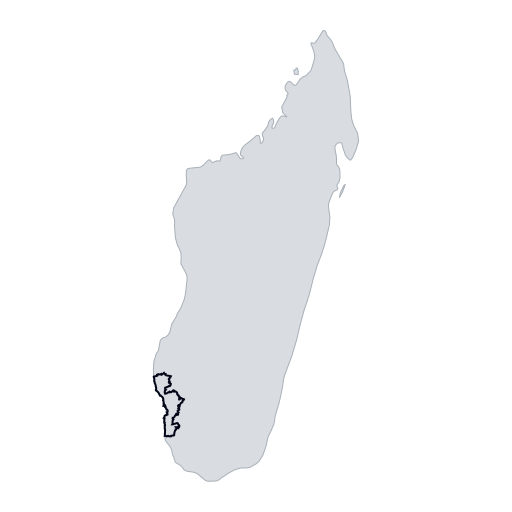 location of Toliary-II, Atsimo-Andrefana, Madagascar
{"feature_id": "10022922B75767771564463", "entity_name": "Toliary-II", "entity_type": "district", "adm_level": 2, "iso_a3": "MDG", "parent_name": "Madagascar", "parent_adm1": "Atsimo-Andrefana", "projection": "natural_earth1", "projection_center": [43.811, -23.281], "detail": "fine", "context": "in_parent", "style": "outline", "palette": "ink", "viewbox_px": 512, "rotation_deg": 0, "n_neighbors": 0, "source": "geoboundaries", "source_scale": "gbopen_adm2", "svg_char_len": 8695}
<svg xmlns="http://www.w3.org/2000/svg" viewBox="0 0 512 512"><path d="M332.4,42.5L333.7,45.9L335.2,49.3L339.9,57.4L341.9,60.5L343.6,63.8L344.4,70.4L347.4,80.6L350.2,96.1L350.9,111.9L351.7,119.1L353.9,126.0L357.5,133.0L358.6,140.9L356.3,149.0L353.0,156.7L352.2,158.1L350.7,160.1L350.0,160.0L347.4,158.0L345.3,154.8L342.7,147.2L341.8,143.3L340.7,142.7L337.6,143.0L335.3,145.5L334.9,147.0L335.3,151.3L336.2,155.1L336.5,159.0L336.5,164.0L337.4,165.5L338.6,166.7L339.8,169.9L340.0,177.6L339.2,181.5L337.0,184.9L337.1,186.7L337.9,188.6L337.1,189.8L334.2,191.2L333.0,192.5L331.4,195.9L328.8,202.8L328.4,206.3L329.9,217.1L329.4,224.8L326.0,239.4L324.1,246.3L321.4,254.6L317.2,265.5L313.1,279.3L309.6,293.4L307.0,301.9L304.1,310.2L300.1,325.0L296.6,340.0L291.6,356.6L284.7,375.0L283.9,377.4L282.5,386.8L280.9,395.0L279.0,403.1L275.1,416.4L274.6,420.6L273.8,424.5L270.1,432.9L268.5,436.0L267.4,439.3L266.7,443.5L265.6,447.6L262.9,455.1L258.9,461.5L256.2,463.8L250.3,467.2L247.3,467.9L240.8,468.0L234.4,469.9L227.8,473.6L221.4,477.9L218.9,479.9L216.2,481.0L207.8,481.3L205.3,480.4L196.9,473.4L193.6,472.2L187.4,471.3L185.6,470.7L183.9,469.7L181.4,466.1L176.4,463.0L175.2,462.0L174.5,459.9L173.9,457.6L172.7,455.0L171.7,450.2L170.1,446.7L165.5,440.7L165.0,438.8L164.6,432.4L164.8,428.0L164.3,420.1L164.9,416.3L166.5,413.0L165.8,409.3L164.1,405.5L163.5,401.6L162.2,397.9L157.4,391.5L156.2,388.3L155.5,385.0L153.6,374.6L153.4,371.1L153.7,363.5L154.3,359.6L155.5,356.8L155.8,354.8L156.6,353.1L157.7,351.7L158.5,350.0L160.3,340.3L162.5,338.1L165.9,336.9L168.6,334.4L170.2,330.9L171.8,323.9L176.1,316.9L177.6,313.2L181.0,307.6L184.1,299.8L185.0,296.1L185.7,292.4L186.5,284.1L187.1,280.0L187.0,275.9L185.2,271.7L181.0,264.1L180.9,262.6L181.2,257.0L180.9,252.9L179.3,248.8L177.4,245.0L175.4,237.8L174.5,225.9L174.7,221.6L174.1,217.8L172.7,214.2L173.7,207.8L186.3,184.9L186.7,182.1L186.2,175.1L186.4,171.1L186.9,169.5L187.8,168.7L190.0,168.2L200.1,167.2L201.4,166.5L204.0,164.6L207.5,160.8L209.1,159.8L210.4,160.2L211.3,161.8L212.4,162.6L216.5,160.9L218.1,160.9L219.7,161.2L220.5,159.6L220.9,157.5L221.5,156.0L222.6,155.2L227.9,154.7L231.3,154.1L235.6,152.7L236.6,153.0L240.0,158.2L241.1,158.7L242.5,158.9L243.7,157.9L240.8,155.2L240.4,153.6L240.6,151.9L242.1,148.1L244.7,145.2L250.4,140.8L256.3,135.7L258.0,135.4L259.4,136.2L260.5,142.2L260.4,143.1L261.3,143.3L262.4,142.5L263.4,140.1L263.5,138.1L262.7,136.2L262.3,134.6L262.3,133.1L265.3,129.5L267.6,126.1L268.7,122.1L269.7,120.3L272.2,118.2L272.9,118.5L273.5,120.2L273.8,122.0L273.2,123.8L272.2,125.6L271.9,127.9L273.3,128.4L274.6,127.8L276.5,123.5L278.7,119.5L280.1,117.4L281.7,115.9L284.5,116.2L287.1,117.1L282.8,112.9L281.7,107.0L287.0,97.0L287.0,94.9L287.8,94.2L288.1,93.4L285.5,90.0L285.0,88.3L285.3,85.7L286.6,83.5L287.8,81.9L289.5,81.3L290.8,82.1L293.6,84.9L295.6,85.4L297.9,82.7L299.9,79.3L302.8,77.0L306.1,75.6L311.1,70.3L314.4,59.2L314.7,56.0L314.0,52.1L312.8,48.4L310.9,43.8L311.4,42.7L314.2,43.3L315.1,42.7L318.1,38.6L323.0,30.7L324.6,30.7L326.0,32.2L326.5,34.4L327.4,35.9L330.7,39.7L332.4,42.5ZM298.1,73.5L298.1,74.7L294.4,74.2L293.8,70.1L295.7,69.9L296.1,68.2L297.2,68.0L298.4,71.7L298.1,73.5ZM342.7,191.5L339.4,197.7L340.4,192.5L344.1,185.2L345.2,184.6L342.7,191.5Z" fill="#d9dde1" stroke="#a8b0b8" stroke-width="1"/><path d="M165.9,408.0L166.2,408.4L166.2,408.7L166.6,409.3L166.8,409.6L167.2,409.8L167.5,410.2L167.7,410.7L167.6,410.9L167.7,411.4L167.6,411.6L167.5,411.8L167.4,412.3L167.1,413.1L167.0,412.8L166.9,412.6L166.9,412.3L166.7,412.4L166.8,412.7L167.1,413.2L167.1,413.8L167.2,413.5L167.4,413.7L167.5,414.0L167.5,414.3L167.3,414.3L167.2,414.6L166.7,414.9L166.6,415.1L166.1,415.1L165.5,415.2L164.7,415.7L164.6,415.9L164.5,416.5L164.5,416.8L164.4,417.1L164.0,417.7L164.3,417.7L164.5,418.1L164.2,418.4L164.4,419.0L164.2,419.4L164.2,419.5L164.4,419.9L164.3,420.4L164.2,420.5L164.2,420.3L164.2,420.9L164.3,421.2L164.3,421.3L164.4,421.7L164.5,422.0L164.8,422.4L164.8,422.7L164.7,422.9L164.6,423.1L164.4,423.3L164.5,423.6L164.8,424.0L165.1,425.2L165.0,425.6L164.9,425.8L164.7,425.8L164.8,426.8L164.7,427.6L164.9,428.3L164.7,428.8L165.0,429.5L165.2,430.1L165.1,430.3L165.0,431.9L165.0,432.6L164.9,433.5L164.8,433.8L164.9,434.7L164.8,435.1L164.9,435.6L164.8,435.9L165.4,435.9L166.0,435.9L166.2,436.0L166.4,436.2L166.6,436.4L166.9,436.4L167.2,436.1L168.5,435.9L169.0,436.3L170.2,436.3L170.6,436.1L170.9,436.3L171.2,435.8L171.4,435.7L171.9,435.7L172.1,435.6L172.6,435.5L173.6,435.5L174.1,435.3L174.2,435.1L174.1,434.7L174.2,434.0L174.4,433.6L174.4,433.4L174.3,433.2L174.4,432.8L174.4,432.6L174.7,431.6L174.9,431.2L175.1,430.7L175.1,430.4L175.5,430.2L175.7,429.9L175.7,429.5L175.8,429.5L176.1,429.4L176.4,428.9L176.4,428.4L176.6,428.1L175.9,427.2L176.1,427.2L177.0,427.2L177.3,427.4L177.9,428.1L178.1,428.1L178.1,427.9L177.7,427.6L177.9,426.9L178.1,426.7L178.5,427.8L179.0,427.3L179.3,426.5L179.4,426.0L179.3,425.6L179.2,425.3L178.6,424.8L178.5,424.6L178.2,424.3L177.8,423.3L177.2,423.0L175.7,423.5L174.6,423.9L173.9,423.9L173.0,424.3L172.4,424.4L172.2,424.4L172.5,423.8L172.7,423.4L172.7,423.1L172.5,422.2L172.6,421.1L172.8,420.6L173.0,420.1L173.1,419.7L173.4,419.5L173.3,419.2L173.2,419.2L173.3,419.0L173.2,418.7L172.8,418.4L172.8,418.5L172.6,418.3L172.7,418.1L173.2,417.9L173.6,417.7L174.4,416.9L174.6,416.5L175.0,415.7L175.6,415.4L175.7,414.8L176.1,414.0L176.2,413.8L176.4,413.7L176.5,413.9L176.5,414.2L176.4,414.6L176.6,414.8L176.8,414.6L177.0,414.4L177.5,414.8L177.8,414.9L178.1,414.5L178.1,414.4L177.9,414.3L178.1,414.1L178.1,413.5L178.2,413.2L178.4,412.9L178.6,412.4L178.4,412.2L178.1,412.1L177.9,411.9L177.7,411.3L177.6,410.8L177.9,410.4L178.0,410.3L179.1,409.9L179.3,409.7L179.3,409.1L178.9,408.4L178.4,408.2L179.3,407.0L179.4,406.6L179.5,406.6L179.6,406.2L178.8,406.8L178.5,406.9L178.4,406.8L178.0,405.9L178.1,405.7L178.6,405.0L179.7,405.0L179.9,404.6L180.4,404.0L180.5,403.6L181.0,402.9L181.5,402.6L182.0,402.5L182.2,402.4L182.4,402.0L182.6,400.7L183.1,400.4L183.5,400.2L183.8,399.7L184.0,399.3L183.6,399.1L182.4,398.9L182.1,398.6L181.9,398.4L181.4,398.2L181.0,398.0L180.3,398.6L179.5,399.4L179.2,399.5L179.1,399.3L179.1,399.2L180.0,398.4L179.9,397.9L179.7,398.0L179.2,397.8L179.2,397.6L179.8,397.6L179.8,397.3L179.5,397.0L179.4,396.6L179.1,396.5L178.9,396.2L178.6,395.4L178.2,395.2L178.0,395.4L177.9,395.3L177.8,395.1L177.7,394.5L177.2,394.2L177.2,393.6L177.0,393.2L177.1,392.8L176.9,392.4L176.6,392.2L176.4,392.1L175.9,391.7L175.2,391.3L174.6,391.1L174.1,391.7L173.8,391.6L173.7,391.4L173.9,390.5L173.6,390.4L173.3,390.3L171.4,392.1L171.2,392.1L171.0,391.9L170.6,391.9L169.9,392.3L169.6,392.0L169.4,391.7L169.2,391.8L169.0,392.1L168.8,392.4L167.9,392.5L166.8,393.3L166.4,393.4L166.2,393.4L165.7,393.7L165.1,393.7L165.1,393.4L164.9,393.1L164.7,392.2L164.8,391.1L164.9,390.9L165.1,390.7L165.2,390.1L165.4,390.0L165.6,390.0L165.8,389.8L165.4,389.6L165.2,389.4L165.1,388.6L165.1,387.8L165.4,387.6L165.8,387.6L166.0,387.4L166.4,387.3L166.6,387.2L167.1,387.1L167.5,386.8L168.3,386.5L168.6,386.1L169.2,386.0L169.7,386.2L170.3,385.6L170.4,385.3L170.7,384.9L170.8,383.9L170.5,383.8L170.4,383.6L169.8,383.5L169.4,383.3L169.5,382.9L169.9,382.6L170.0,382.2L169.4,382.0L169.1,382.3L168.8,382.1L168.9,381.6L169.2,381.3L169.2,381.0L169.3,380.4L169.3,380.2L169.2,380.0L169.2,379.5L169.1,379.4L168.8,379.3L168.7,379.1L169.3,378.2L169.9,377.9L170.2,377.5L170.4,377.2L170.3,376.9L170.5,376.7L170.4,376.6L170.7,376.2L170.0,376.0L168.2,375.7L167.9,375.7L166.1,375.3L165.3,374.7L165.5,374.0L164.7,373.9L164.0,372.9L163.5,373.5L162.8,373.9L162.2,374.4L161.5,374.7L161.2,373.9L160.2,374.4L159.5,374.4L158.4,374.2L157.9,374.3L157.4,374.5L157.1,374.7L157.5,375.4L157.3,375.7L156.8,375.9L155.9,376.1L154.7,376.4L153.8,376.5L153.7,376.7L153.9,377.6L154.2,378.2L154.3,378.4L154.2,379.0L154.3,379.2L154.3,380.0L154.2,380.3L154.2,380.7L154.2,381.2L154.4,381.4L154.4,381.7L154.6,382.2L154.8,383.3L155.1,383.7L155.2,384.1L155.5,384.8L155.7,385.5L155.7,386.4L156.0,386.9L156.1,387.7L156.0,387.8L156.2,388.9L155.8,390.0L155.9,390.4L156.1,390.6L157.2,391.2L157.8,392.0L158.5,392.6L158.8,393.3L158.9,393.5L159.2,394.2L159.4,394.5L159.7,394.7L159.8,395.3L160.0,395.6L160.3,395.5L160.7,395.6L160.8,395.8L161.1,396.0L162.1,396.8L162.8,397.6L162.9,397.8L163.3,398.8L163.3,399.4L163.2,399.6L163.4,400.4L163.4,400.5L163.2,400.6L163.3,400.8L163.5,401.4L163.5,401.8L163.7,402.2L163.6,402.8L163.6,403.2L163.6,403.4L163.8,403.5L163.8,403.9L164.0,404.1L164.0,404.7L163.9,404.9L163.9,404.7L163.7,404.2L163.7,403.7L163.6,404.1L163.6,405.4L163.5,405.8L164.0,405.7L164.5,405.3L164.8,405.3L164.7,405.6L164.8,406.3L165.0,406.2L165.0,406.4L165.3,406.5L165.4,406.8L165.6,406.8L165.6,407.0L165.5,407.3L165.7,407.7L165.8,407.8L165.9,408.0Z" fill="none" stroke="#020617" stroke-width="2"/></svg>